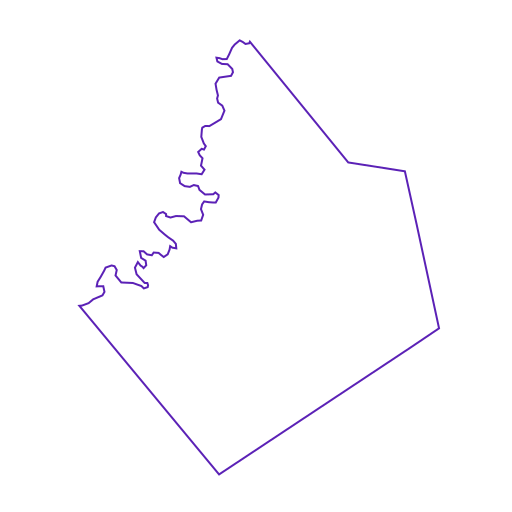 outline of Mills, Texas, United States of America, rotated 87°
{"feature_id": "52423323B24678536385719", "entity_name": "Mills", "entity_type": "district", "adm_level": 2, "iso_a3": "USA", "parent_name": "United States of America", "parent_adm1": "Texas", "projection": "natural_earth1", "projection_center": [-98.73, 31.477], "detail": "fine", "context": "isolated", "style": "outline", "palette": "violet", "viewbox_px": 512, "rotation_deg": 87, "n_neighbors": 0, "source": "geoboundaries", "source_scale": "gbopen_adm2", "svg_char_len": 1807}
<svg xmlns="http://www.w3.org/2000/svg" viewBox="0 0 512 512"><g transform="rotate(87 256 256)"><path d="M355.1,105.8L337.8,77.0L233.6,93.8L179.2,102.9L167.4,159.0L41.7,250.9L43.2,251.6L43.7,255.4L41.6,258.0L39.8,261.0L43.7,266.2L46.8,269.0L53.3,272.3L57.8,274.9L57.7,279.2L56.5,282.1L55.9,285.1L59.7,284.4L62.4,280.0L63.0,274.3L68.0,269.9L71.3,269.4L74.8,271.5L75.1,275.0L75.9,283.4L81.8,287.4L87.9,286.7L93.7,285.6L96.7,286.6L100.9,285.8L104.1,281.8L109.2,279.9L117.5,283.8L123.8,295.7L123.5,299.9L125.0,302.9L126.8,303.4L134.2,304.4L140.9,302.2L143.7,300.4L147.0,302.4L146.1,304.6L149.1,308.3L152.5,306.9L155.6,304.3L162.9,306.2L167.1,302.9L171.5,306.0L170.5,310.9L170.0,320.1L169.1,324.1L168.0,326.1L170.8,327.0L174.2,328.7L179.3,328.0L182.5,323.6L183.5,318.4L181.9,314.5L183.1,310.2L187.0,309.0L191.9,303.7L192.1,295.5L190.4,293.3L193.2,290.1L195.7,290.4L200.5,293.4L200.3,296.4L199.8,300.3L198.8,304.9L201.6,307.1L206.3,308.5L212.1,306.6L217.7,308.9L217.7,312.8L218.9,319.1L212.6,325.8L211.9,333.8L213.1,339.4L211.4,343.7L209.4,343.6L207.2,346.6L208.4,350.6L212.2,354.0L216.9,356.0L224.7,351.3L229.6,346.2L232.7,342.7L236.3,338.0L239.7,335.4L244.2,335.2L243.3,339.1L241.7,341.2L245.1,342.0L249.7,344.1L252.2,348.2L249.8,351.0L247.8,353.1L247.2,358.0L249.8,360.0L248.7,364.7L245.4,368.0L245.1,371.8L251.9,370.8L254.9,366.5L259.5,366.1L262.2,368.9L260.8,370.0L259.5,371.8L255.9,374.3L261.3,377.5L268.0,376.2L277.1,368.6L277.3,365.9L279.6,365.3L281.4,365.8L282.5,369.7L280.0,372.0L276.5,380.4L275.4,391.9L268.1,397.3L262.7,395.8L258.8,397.8L257.9,400.7L259.7,406.8L262.7,408.4L268.7,412.2L273.4,415.5L278.0,416.7L278.0,414.7L278.2,410.1L283.9,409.2L287.3,411.4L290.7,420.8L294.3,425.6L296.4,432.3L296.5,435.0L472.2,304.3L469.7,300.1L355.1,105.8Z" fill="none" stroke="#5b21b6" stroke-width="2"/></g></svg>